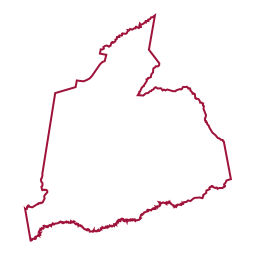 the district of Sauce, Corrientes, Argentina
{"feature_id": "61730980B9994568619241", "entity_name": "Sauce", "entity_type": "district", "adm_level": 2, "iso_a3": "ARG", "parent_name": "Argentina", "parent_adm1": "Corrientes", "projection": "orthographic", "projection_center": [-58.817, -29.951], "detail": "fine", "context": "isolated", "style": "outline", "palette": "rose", "viewbox_px": 256, "rotation_deg": 0, "n_neighbors": 0, "source": "geoboundaries", "source_scale": "gbopen_adm2", "svg_char_len": 5824}
<svg xmlns="http://www.w3.org/2000/svg" viewBox="0 0 256 256"><path d="M148.2,19.7L148.4,21.1L145.8,21.0L145.9,22.5L144.7,22.4L143.6,23.6L141.4,24.6L140.5,24.6L139.9,23.7L139.3,25.8L140.8,26.5L140.9,27.0L139.6,27.1L138.8,28.1L136.2,26.7L135.8,26.8L135.5,28.3L134.3,28.3L132.3,29.6L130.1,29.0L129.3,30.3L127.9,30.1L128.3,30.8L127.4,31.7L126.7,33.3L125.6,33.8L122.4,33.4L122.0,33.7L122.2,34.8L121.8,35.6L119.4,35.4L118.9,36.0L119.2,37.0L117.0,37.0L116.8,39.0L115.4,39.6L115.6,40.6L114.9,41.7L113.1,42.8L112.6,42.0L112.1,42.1L111.3,43.0L110.5,45.8L109.1,46.1L108.9,46.6L106.7,45.5L105.0,46.0L103.4,47.1L103.8,48.7L102.2,49.5L100.7,49.4L99.9,53.6L106.3,54.8L104.7,61.1L102.3,62.1L100.0,64.3L91.8,76.2L89.7,78.4L86.4,80.2L83.5,81.3L76.8,80.5L75.6,87.1L55.2,93.1L42.4,173.4L42.4,175.8L41.6,178.5L41.0,179.0L40.9,179.8L41.3,181.7L42.4,182.9L42.5,184.9L42.2,186.1L41.4,186.7L42.1,189.9L42.4,190.2L44.1,189.6L44.9,190.1L46.0,189.8L47.2,190.6L47.3,192.3L44.7,195.2L44.2,196.6L44.6,198.6L42.6,202.4L42.0,202.8L41.0,202.7L40.7,203.2L39.5,203.0L38.4,203.3L38.1,203.6L38.2,204.1L36.7,204.5L32.3,207.3L29.6,206.8L28.7,205.5L28.3,205.4L27.3,206.5L27.5,207.2L27.0,207.4L26.9,208.9L25.4,209.1L25.1,208.8L30.6,240.6L30.9,240.6L31.1,239.3L31.6,240.2L32.0,240.0L32.0,239.2L33.1,238.7L34.7,239.1L35.0,239.0L34.9,238.3L35.8,238.4L36.0,237.4L35.4,237.2L35.4,236.8L37.7,236.0L38.1,235.2L38.9,235.7L38.6,234.8L39.0,234.6L39.3,234.6L39.6,235.3L40.4,234.9L40.1,234.0L39.7,233.8L40.5,232.8L39.8,232.9L39.6,232.4L38.7,232.5L38.7,232.1L40.0,229.8L40.6,230.0L40.5,229.0L41.4,229.3L41.7,228.1L43.1,228.7L43.5,228.4L43.8,228.0L43.6,225.8L44.5,225.7L45.6,226.2L45.9,226.7L46.7,226.3L46.8,227.1L47.7,227.2L47.7,226.7L49.2,225.3L50.3,225.9L50.7,225.7L50.4,225.0L51.0,224.9L51.3,225.5L51.6,224.6L52.7,224.6L52.7,223.9L53.2,224.0L53.2,223.6L54.4,224.3L55.1,223.6L57.1,223.4L59.7,222.5L59.6,222.0L60.6,221.5L61.5,222.2L62.1,222.0L63.0,222.4L62.5,223.0L62.8,223.2L63.6,223.1L63.9,222.3L64.6,222.4L66.1,221.6L66.4,222.3L67.0,221.8L68.2,222.6L68.5,222.0L70.4,223.1L71.6,222.4L70.9,221.9L71.0,221.2L72.5,222.4L73.0,222.2L73.1,221.5L73.6,221.2L74.2,221.5L73.9,221.7L74.7,223.3L76.1,224.4L76.6,224.2L76.8,223.5L77.9,223.9L77.6,224.5L77.9,225.0L78.6,225.2L78.6,226.0L80.0,225.1L80.8,226.1L81.6,225.8L82.5,227.5L83.1,227.5L84.4,229.2L85.9,229.4L86.3,229.9L86.8,229.5L87.4,230.3L87.8,230.1L87.9,229.2L88.3,229.2L89.2,229.9L89.7,231.6L92.1,231.3L92.8,231.7L93.7,230.1L93.7,231.0L94.0,231.2L94.6,230.5L96.1,231.4L97.5,230.4L97.3,231.1L97.6,231.2L98.5,230.6L99.5,230.9L100.2,229.7L101.4,229.6L101.0,228.2L102.3,228.0L102.4,227.2L103.7,228.1L104.2,227.8L104.8,228.0L105.5,227.7L105.7,226.6L106.4,226.5L106.7,226.9L106.3,227.4L107.1,227.8L107.5,227.4L108.1,227.6L107.3,226.8L107.5,226.4L108.3,227.1L109.6,225.6L110.0,226.3L111.1,225.7L112.0,226.5L113.4,225.4L114.0,225.8L114.1,224.3L115.7,224.9L115.2,224.0L116.0,223.7L116.5,224.1L116.7,223.6L116.4,222.8L116.9,222.3L118.1,222.5L118.1,221.5L117.3,221.4L117.6,220.8L118.6,220.4L119.1,221.6L119.0,220.9L120.4,221.2L120.6,220.3L120.1,219.9L120.6,219.9L120.7,219.3L122.1,219.5L122.2,218.7L123.1,219.0L123.0,219.7L123.7,219.8L123.6,220.9L124.7,221.3L125.1,220.1L125.8,220.1L126.1,219.5L127.2,219.6L127.3,219.9L126.4,220.3L126.9,221.5L127.0,220.7L127.6,221.0L128.8,220.0L129.0,220.3L129.7,219.9L129.6,220.6L131.1,220.5L131.0,220.1L132.0,219.2L132.7,219.4L132.9,220.2L133.6,219.9L134.8,220.7L134.8,220.0L135.4,220.6L135.7,219.9L136.4,220.4L139.1,219.8L140.8,218.2L140.0,217.9L141.1,214.8L141.4,214.5L142.1,214.9L142.5,214.7L142.5,213.9L143.6,213.5L144.2,212.4L148.0,211.2L147.3,210.1L147.5,209.8L150.4,210.0L151.1,210.4L152.2,209.0L153.2,208.5L153.3,209.1L154.9,209.0L154.2,208.1L156.3,207.8L155.8,206.7L156.7,207.1L157.1,206.6L157.5,207.3L158.0,206.4L159.2,206.3L159.7,205.9L160.1,205.4L159.6,204.2L159.9,203.3L159.1,202.2L160.4,202.5L161.0,203.6L163.1,202.4L164.3,203.0L164.9,202.9L166.4,204.0L166.4,202.7L167.3,203.0L167.3,202.4L167.9,202.7L168.5,202.0L169.0,202.7L169.6,201.9L169.8,202.8L170.7,203.1L171.0,204.0L173.4,205.3L173.5,206.1L174.1,205.9L174.3,206.7L174.6,206.3L175.1,206.8L175.9,205.8L176.4,206.6L177.0,205.6L176.8,205.1L177.0,204.9L177.7,204.6L180.0,204.9L180.4,204.1L181.4,204.8L182.0,203.2L182.3,204.0L183.2,203.9L183.9,202.2L186.5,201.9L187.9,200.5L190.5,201.0L193.2,198.7L194.7,197.9L199.8,197.5L202.2,198.2L202.6,198.0L202.7,197.1L203.2,196.6L203.2,195.0L206.2,192.9L206.4,190.5L209.6,189.3L209.3,188.0L210.2,186.9L210.9,187.0L211.6,186.0L212.6,186.1L212.9,186.9L215.2,188.0L216.2,187.5L217.0,187.7L217.5,188.8L219.4,188.0L222.5,188.0L224.1,186.5L224.5,186.8L224.8,186.5L225.0,185.8L224.1,184.8L224.1,184.3L225.5,182.8L226.5,180.5L230.9,179.1L223.8,141.5L223.1,141.2L222.7,140.0L220.8,139.7L219.5,138.5L217.8,138.0L215.6,135.3L212.3,132.5L209.3,127.4L208.7,125.6L207.3,124.3L206.9,122.4L205.9,122.2L205.7,121.9L205.9,120.9L205.1,120.5L204.9,118.4L205.6,117.4L206.0,115.2L203.5,108.8L203.9,106.2L202.9,105.4L203.1,103.5L202.3,103.4L201.7,102.6L200.2,102.7L199.6,100.7L198.5,99.1L197.8,98.8L196.3,98.9L196.1,98.3L195.3,98.1L194.8,94.1L193.7,93.4L193.4,93.9L192.6,93.8L192.0,92.2L191.2,91.1L190.5,90.8L190.1,88.5L188.5,88.6L188.5,88.0L187.9,87.9L186.9,86.7L185.7,87.1L183.6,86.9L182.8,87.2L181.9,89.0L181.3,89.4L179.9,89.1L176.3,90.3L175.5,91.2L173.0,91.2L167.3,89.5L165.4,90.4L164.1,89.6L162.6,90.4L161.0,88.3L157.6,88.5L155.7,87.2L154.4,88.0L153.5,89.4L151.8,90.1L151.1,91.1L149.8,91.3L148.3,92.9L145.7,93.4L143.4,95.5L137.8,95.2L138.8,93.5L139.5,93.1L139.2,92.0L140.0,91.5L141.7,87.8L142.9,86.5L143.8,86.2L143.8,85.6L146.5,81.5L146.9,80.7L146.5,79.4L147.9,78.9L148.1,78.0L150.1,77.6L150.9,77.0L151.3,74.4L153.1,72.3L153.2,69.1L153.6,68.2L155.2,67.3L155.7,66.3L158.0,66.3L159.1,65.4L159.3,63.3L148.9,49.7L154.9,15.4L152.4,17.3L151.1,17.3L150.1,19.1L148.2,19.7Z" fill="none" stroke="#9f1239" stroke-width="2"/></svg>